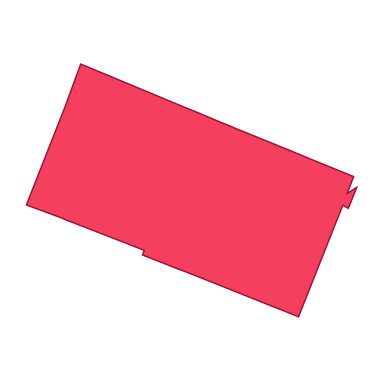 the district of Vermilion, Illinois, United States of America, rotated 292°
{"feature_id": "52423323B2069636466078", "entity_name": "Vermilion", "entity_type": "district", "adm_level": 2, "iso_a3": "USA", "parent_name": "United States of America", "parent_adm1": "Illinois", "projection": "albers", "projection_center": [-87.652, 40.18], "detail": "fine", "context": "isolated", "style": "filled", "palette": "rose", "viewbox_px": 384, "rotation_deg": 292, "n_neighbors": 0, "source": "geoboundaries", "source_scale": "gbopen_adm2", "svg_char_len": 618}
<svg xmlns="http://www.w3.org/2000/svg" viewBox="0 0 384 384"><g transform="rotate(292 192 192)"><path d="M116.2,337.5L166.1,337.2L236.3,336.8L235.4,343.1L257.8,343.0L248.8,336.4L266.8,336.1L266.9,293.3L266.9,291.4L266.9,290.1L267.0,285.4L267.1,280.4L267.1,279.3L267.1,273.7L267.3,214.7L267.2,209.3L267.3,207.4L267.4,196.8L267.4,193.3L267.5,186.2L267.8,157.9L267.7,157.6L268.8,55.0L268.9,48.4L268.9,47.8L268.9,47.7L268.9,40.9L222.5,42.4L118.0,43.3L119.1,83.0L118.9,85.3L119.8,148.3L120.0,169.6L115.1,169.7L115.4,210.3L115.6,212.8L115.8,238.6L116.2,337.5Z" fill="#f43f5e" stroke="#9f1239" stroke-width="1.5"/></g></svg>